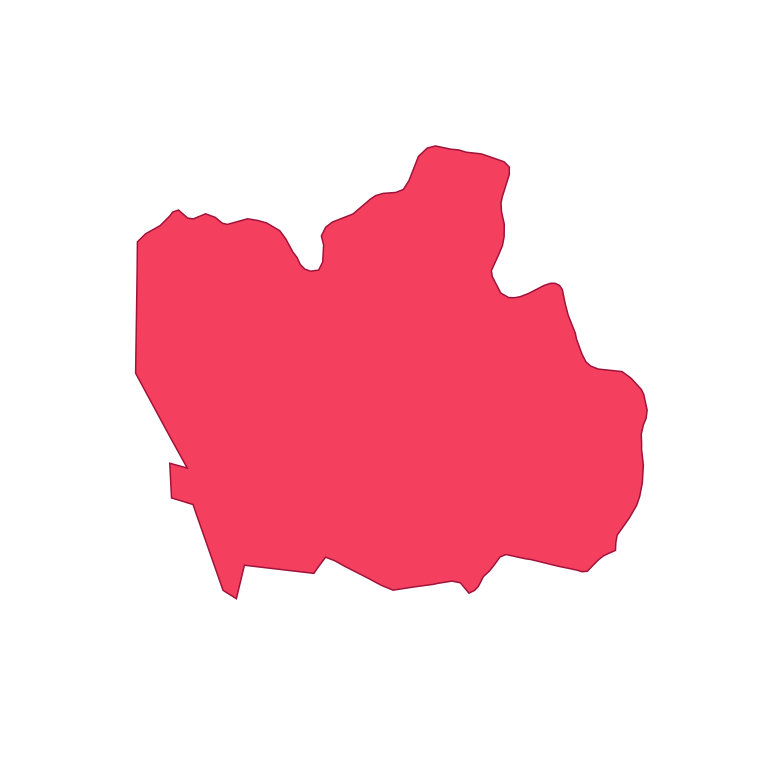 outline of Fartura do Piauí, Piauí, Brazil, rotated 197°
{"feature_id": "56859067B80687548008335", "entity_name": "Fartura do Piauí", "entity_type": "district", "adm_level": 2, "iso_a3": "BRA", "parent_name": "Brazil", "parent_adm1": "Piauí", "projection": "robinson", "projection_center": [-42.811, -9.481], "detail": "fine", "context": "isolated", "style": "filled", "palette": "rose", "viewbox_px": 768, "rotation_deg": 197, "n_neighbors": 0, "source": "geoboundaries", "source_scale": "gbopen_adm2", "svg_char_len": 1887}
<svg xmlns="http://www.w3.org/2000/svg" viewBox="0 0 768 768"><g transform="rotate(197 384 384)"><path d="M477.6,139.6L462.4,135.5L464.5,169.9L457.7,171.1L395.7,182.4L393.3,189.9L389.2,201.3L379.5,200.6L367.9,198.1L340.1,193.2L333.6,191.8L326.9,190.6L315.0,189.5L308.8,192.5L296.2,198.6L278.7,206.6L274.2,209.1L261.4,215.4L252.8,216.2L241.6,208.8L237.0,213.2L234.6,217.9L233.7,222.8L232.7,228.8L228.6,235.8L225.8,242.8L222.5,252.5L217.5,256.6L197.9,258.2L191.8,259.1L179.5,259.8L172.3,260.2L163.6,260.7L155.1,261.5L145.2,262.4L139.5,262.4L134.7,264.5L131.5,270.9L127.3,278.9L123.9,283.8L120.3,287.1L114.0,292.6L116.0,300.5L116.8,307.7L110.2,327.7L106.9,342.0L106.6,351.3L107.4,358.7L108.0,364.8L112.2,382.1L118.5,396.6L120.5,403.2L123.3,411.2L124.0,420.8L123.3,427.7L124.7,435.9L132.5,449.9L136.3,454.0L149.3,461.7L160.0,465.5L183.6,460.9L191.8,461.6L197.6,464.4L203.6,470.7L213.1,483.3L215.8,488.4L228.0,503.7L234.1,513.6L241.1,526.5L245.0,529.6L249.9,530.3L254.2,529.0L259.7,525.1L272.3,512.8L279.3,507.3L284.1,504.8L289.9,503.1L298.9,505.1L311.7,518.2L314.5,523.8L312.2,540.7L311.2,551.0L312.2,560.1L315.7,572.0L321.8,582.7L325.0,591.1L325.6,597.6L325.4,620.9L327.6,628.1L334.1,631.6L350.8,632.3L358.3,632.5L373.2,629.7L380.9,629.7L388.7,628.1L404.4,626.7L411.6,622.3L417.6,611.8L419.6,585.7L422.4,575.7L428.6,570.7L440.6,566.0L447.1,561.7L451.2,556.7L463.4,537.5L480.7,523.8L485.6,516.9L487.2,507.3L482.4,499.3L478.3,482.8L479.8,473.8L487.3,470.4L493.3,470.7L499.0,473.8L504.1,479.5L509.9,483.7L520.5,494.2L528.5,500.1L543.3,503.7L552.5,503.5L562.8,502.1L580.5,490.8L585.7,490.5L594.0,494.0L604.4,494.6L614.7,486.1L620.3,485.3L631.4,490.3L636.3,486.7L638.0,482.0L644.4,470.0L655.8,458.1L661.4,447.9L652.9,419.1L624.7,321.7L586.5,284.0L572.3,270.0L547.6,246.1L565.7,245.6L553.9,212.9L531.4,212.9L526.4,206.0L477.6,139.6Z" fill="#f43f5e" stroke="#9f1239" stroke-width="1.5"/></g></svg>